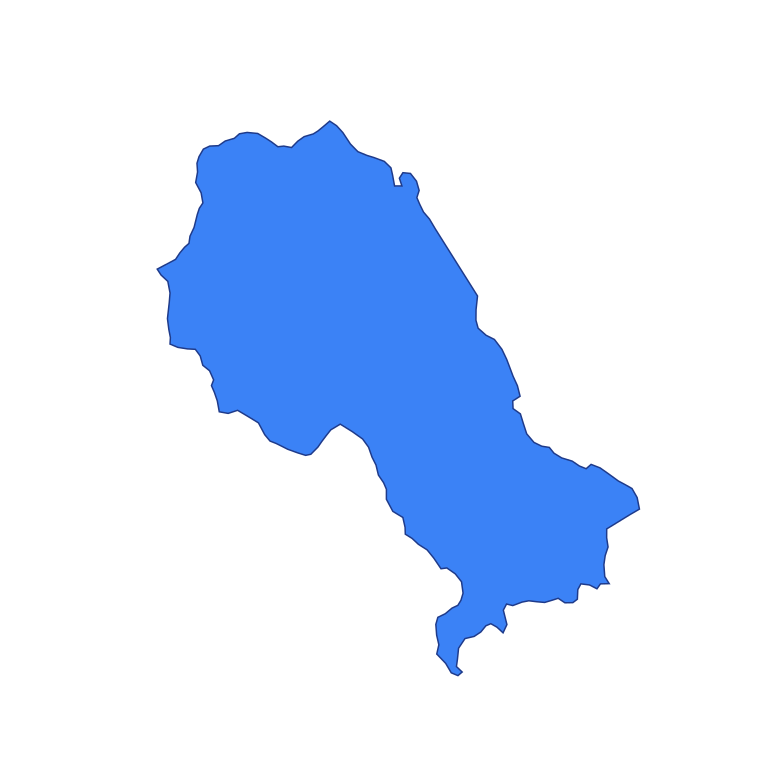 outline of Santa Cruz das Palmeiras, São Paulo, Brazil, rotated 332°
{"feature_id": "56859067B4316799749613", "entity_name": "Santa Cruz das Palmeiras", "entity_type": "district", "adm_level": 2, "iso_a3": "BRA", "parent_name": "Brazil", "parent_adm1": "São Paulo", "projection": "equal_earth", "projection_center": [-47.253, -21.862], "detail": "fine", "context": "isolated", "style": "filled", "palette": "blue", "viewbox_px": 768, "rotation_deg": 332, "n_neighbors": 0, "source": "geoboundaries", "source_scale": "gbopen_adm2", "svg_char_len": 2527}
<svg xmlns="http://www.w3.org/2000/svg" viewBox="0 0 768 768"><g transform="rotate(332 384 384)"><path d="M488.5,657.7L493.3,646.8L498.7,639.4L505.3,633.1L508.4,624.3L512.6,616.5L540.0,614.8L550.8,614.4L554.2,603.1L553.9,592.7L549.3,585.5L545.4,579.7L540.2,569.0L535.4,559.5L529.1,552.2L522.7,553.7L518.0,548.1L514.0,540.5L506.2,532.7L501.6,524.9L500.2,517.6L494.1,513.0L489.0,506.0L486.6,495.0L488.5,484.2L490.4,474.4L486.4,466.3L489.7,459.4L498.4,458.7L501.0,448.1L501.6,437.7L503.0,427.0L503.9,419.8L504.4,408.7L502.4,396.5L497.0,388.9L493.3,378.9L495.1,370.9L500.1,361.7L507.9,350.2L502.1,270.9L501.6,259.8L499.6,250.7L499.9,242.2L500.5,234.9L505.9,229.6L507.9,220.2L506.2,210.5L499.9,206.3L494.2,209.5L492.8,217.5L486.3,214.1L489.7,203.4L491.6,196.4L488.8,187.6L481.4,179.3L476.3,174.2L470.0,166.6L467.0,156.3L465.7,142.7L463.4,133.7L459.5,126.4L450.4,128.4L444.3,129.6L439.0,130.0L429.6,128.1L421.9,129.1L413.4,131.8L407.2,126.9L401.7,124.7L398.3,117.4L394.9,111.3L390.1,103.5L381.2,97.6L373.8,95.2L367.2,96.8L357.9,94.9L349.8,95.9L341.8,92.1L334.8,91.8L327.4,96.4L322.5,101.3L318.9,109.3L312.3,117.7L312.3,129.3L309.1,139.1L303.4,142.2L298.7,146.7L289.8,156.6L282.1,162.4L277.8,168.3L272.2,169.6L265.3,172.4L258.5,176.1L245.4,176.1L237.7,176.1L238.3,183.1L241.3,191.9L237.8,203.2L232.6,211.3L223.5,224.6L219.7,234.6L217.2,242.7L213.8,248.3L219.2,254.9L226.9,260.7L233.7,264.8L234.9,272.9L232.8,282.4L236.2,290.4L235.5,300.4L230.9,304.4L230.3,311.8L228.9,320.6L225.5,331.2L232.6,336.8L242.4,338.5L248.6,348.7L254.9,359.4L254.9,372.8L256.6,380.9L260.8,385.8L264.4,390.8L268.4,396.5L275.3,404.1L281.3,410.2L286.4,411.7L296.0,408.7L302.0,405.6L308.4,402.6L315.5,399.5L326.5,398.9L333.6,411.1L339.3,422.5L340.7,432.5L339.1,443.0L338.9,451.8L336.3,461.8L337.3,471.0L336.7,478.1L332.0,486.9L332.0,500.6L338.0,510.7L335.3,520.5L332.3,526.6L336.3,533.5L339.1,541.7L344.2,550.7L346.2,561.0L347.6,573.9L353.1,575.9L357.8,585.1L359.6,595.0L355.6,605.8L350.4,611.1L345.3,614.1L338.8,613.8L330.2,615.6L322.0,615.3L316.9,620.6L312.6,630.4L310.0,640.0L303.8,647.2L307.3,659.6L307.8,670.6L312.4,676.2L317.8,675.0L315.3,667.5L319.7,661.4L325.8,652.3L336.0,646.8L345.1,649.2L353.1,648.4L360.5,645.3L365.8,645.8L369.5,651.6L372.3,659.6L379.6,654.1L383.2,639.7L388.9,635.8L393.7,640.1L403.6,641.4L410.1,643.4L416.7,648.0L423.3,652.3L430.7,653.8L437.2,655.0L441.0,662.1L448.1,665.7L453.7,664.8L458.6,656.5L464.0,652.9L471.1,657.9L475.9,664.8L481.3,662.1L489.1,666.0L488.5,657.7Z" fill="#3b82f6" stroke="#1e3a8a" stroke-width="1.5"/></g></svg>